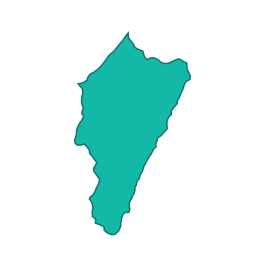 Lambari, Minas Gerais, Brazil, rotated 139°
{"feature_id": "56859067B8762583410753", "entity_name": "Lambari", "entity_type": "district", "adm_level": 2, "iso_a3": "BRA", "parent_name": "Brazil", "parent_adm1": "Minas Gerais", "projection": "albers", "projection_center": [-45.372, -21.995], "detail": "fine", "context": "isolated", "style": "filled", "palette": "teal", "viewbox_px": 256, "rotation_deg": 139, "n_neighbors": 0, "source": "geoboundaries", "source_scale": "gbopen_adm2", "svg_char_len": 2144}
<svg xmlns="http://www.w3.org/2000/svg" viewBox="0 0 256 256"><g transform="rotate(139 128 128)"><path d="M152.8,82.4L149.3,84.7L145.7,85.8L143.5,87.2L141.2,88.6L138.0,89.8L134.1,91.2L130.7,92.5L127.7,93.1L125.4,94.1L122.5,95.3L119.2,95.3L117.6,97.7L114.3,99.4L112.5,101.1L109.8,100.7L106.7,100.7L102.4,101.4L99.3,101.5L97.6,103.3L96.0,105.6L94.1,107.5L92.0,108.8L89.5,109.6L86.3,109.8L84.2,112.5L80.8,113.4L77.7,113.7L75.0,114.1L72.8,116.2L69.5,117.2L67.0,118.6L64.9,119.8L62.5,120.6L59.7,122.2L57.0,123.8L54.6,124.8L52.1,124.7L49.4,124.0L46.7,126.4L45.8,130.4L44.5,134.1L42.7,136.3L41.0,138.6L42.5,141.4L43.2,144.3L44.4,147.0L47.8,148.2L51.0,149.1L54.1,150.1L56.5,151.3L58.7,153.3L60.1,156.1L60.4,159.1L61.3,161.7L62.7,164.3L65.0,166.1L68.6,167.0L69.0,170.5L67.7,173.7L66.4,176.3L67.5,178.5L69.0,181.4L69.9,184.4L68.9,187.8L68.8,191.5L68.6,195.5L65.5,199.6L68.6,199.1L70.9,198.4L73.3,197.8L75.6,197.2L78.5,197.0L80.6,196.6L84.0,195.9L88.2,195.2L92.4,195.2L95.4,195.2L97.7,194.5L100.0,193.9L102.3,193.5L104.9,192.9L107.2,192.5L110.1,192.1L113.6,192.2L117.3,192.5L120.9,193.4L124.4,192.8L127.4,191.2L130.8,191.2L134.3,192.5L136.5,194.1L136.8,191.2L136.5,188.3L137.5,186.2L139.8,183.5L143.4,180.9L146.2,177.9L147.7,175.1L148.7,172.1L151.8,170.7L153.5,169.0L153.5,166.3L155.7,165.0L158.1,164.1L161.2,163.4L163.6,162.4L165.7,161.5L168.0,160.3L170.0,158.1L172.5,156.0L176.0,154.0L177.7,151.7L177.7,148.9L175.1,146.1L171.7,144.8L171.3,140.8L171.6,136.9L173.6,134.0L173.6,130.8L173.9,126.2L174.3,122.2L177.8,121.0L180.8,119.9L182.2,117.4L182.6,112.7L183.0,108.2L185.2,106.1L188.2,104.6L191.5,103.4L193.4,102.2L195.7,101.4L198.6,100.3L201.3,100.8L203.8,99.7L203.8,97.3L204.7,94.2L206.8,90.8L209.6,88.6L211.3,86.4L213.0,84.5L212.2,81.4L213.1,79.2L215.0,77.6L213.6,75.0L211.9,71.9L211.0,68.9L212.9,66.8L212.7,63.6L211.4,60.0L209.9,57.9L207.7,56.4L205.2,56.4L202.4,56.5L199.7,57.9L197.6,58.9L196.1,60.8L193.6,62.9L191.2,64.6L188.9,65.9L185.8,66.3L182.6,63.8L180.1,65.4L178.6,67.7L177.3,69.8L174.4,71.5L171.7,72.3L169.8,73.6L166.7,74.5L163.7,76.3L161.9,78.6L159.1,79.5L156.2,81.9L152.8,82.4Z" fill="#14b8a6" stroke="#0f766e" stroke-width="1.5"/></g></svg>